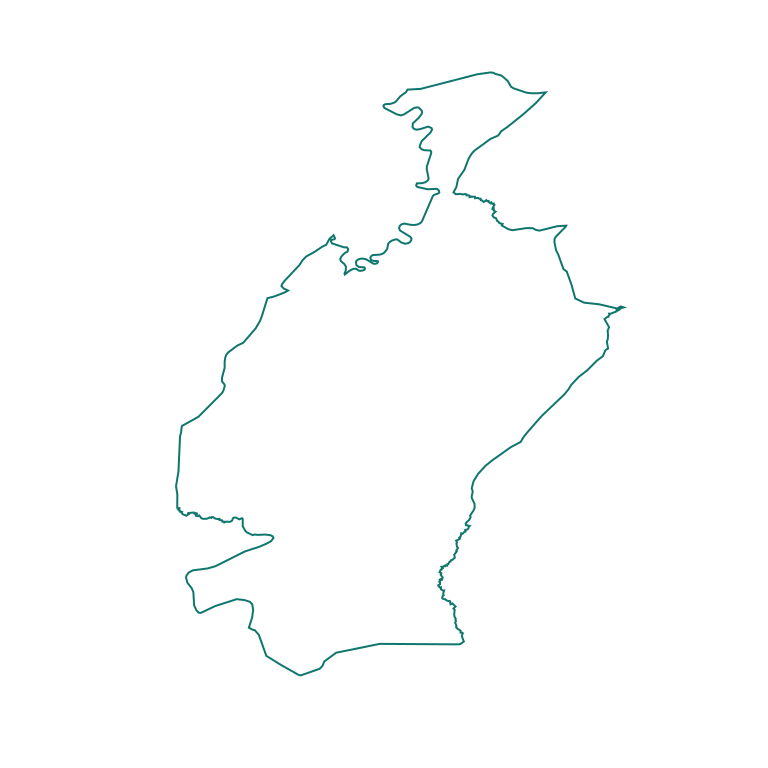 Rasi Salai, Si Sa Ket, Thailand (Equal Earth projection), rotated 71°
{"feature_id": "78962969B91531031914262", "entity_name": "Rasi Salai", "entity_type": "district", "adm_level": 2, "iso_a3": "THA", "parent_name": "Thailand", "parent_adm1": "Si Sa Ket", "projection": "equal_earth", "projection_center": [104.176, 15.349], "detail": "fine", "context": "isolated", "style": "outline", "palette": "teal", "viewbox_px": 768, "rotation_deg": 71, "n_neighbors": 0, "source": "geoboundaries", "source_scale": "gbopen_adm2", "svg_char_len": 6165}
<svg xmlns="http://www.w3.org/2000/svg" viewBox="0 0 768 768"><g transform="rotate(71 384 384)"><path d="M303.5,521.3L305.3,523.9L307.1,525.3L311.0,527.4L316.8,529.4L325.3,535.1L328.9,536.3L332.5,535.0L333.9,535.1L338.5,538.4L340.1,540.7L354.6,570.2L357.8,588.5L358.7,589.3L363.9,591.7L367.1,593.9L400.0,606.9L412.9,613.9L421.3,615.4L433.7,619.8L434.8,617.8L435.4,618.2L435.8,619.3L436.5,618.5L437.2,618.8L438.2,617.8L438.5,618.1L439.3,616.6L440.0,617.2L441.4,616.9L444.2,613.8L443.4,610.8L442.7,611.4L442.3,611.1L443.6,605.6L444.6,605.6L444.8,603.9L445.5,603.0L446.0,603.3L445.9,604.8L447.6,604.5L448.4,602.8L448.1,601.5L451.4,600.4L452.5,599.1L453.6,596.0L453.7,593.4L453.3,592.2L454.4,590.8L453.9,590.1L454.1,589.1L456.3,587.4L457.9,584.6L458.0,583.5L459.1,583.7L460.2,581.5L461.6,581.6L462.0,580.1L462.9,580.1L462.8,577.8L464.0,575.3L464.1,573.4L463.6,572.0L461.7,570.4L461.5,569.2L462.2,567.4L464.9,564.8L464.6,562.0L465.5,561.5L472.7,563.9L478.2,562.8L479.8,561.8L484.2,557.3L484.2,555.2L485.5,552.7L487.7,545.3L489.9,540.7L491.8,538.8L493.6,538.6L495.8,541.9L496.7,546.8L497.3,555.4L497.0,569.9L501.4,602.6L501.0,610.7L498.0,625.2L498.6,629.8L500.7,633.0L502.3,634.2L507.8,634.6L514.6,632.3L518.7,632.0L531.4,635.6L536.6,635.1L539.9,633.7L540.8,631.6L539.0,616.0L539.5,593.3L542.9,586.2L546.4,581.6L549.4,580.3L555.1,581.3L562.0,584.8L570.4,591.1L573.5,588.3L574.8,586.3L580.5,584.0L602.7,583.8L616.2,572.8L631.1,559.6L632.4,557.6L632.3,537.5L630.4,533.8L626.9,530.8L622.5,516.7L628.3,472.7L654.3,398.7L654.7,396.3L653.5,392.4L647.5,392.5L645.3,390.6L644.7,390.8L644.0,392.6L642.2,391.9L639.1,394.4L637.2,395.0L636.5,394.2L632.9,394.4L631.2,393.0L630.1,393.2L629.3,392.6L627.0,393.1L624.9,392.7L620.5,390.7L618.9,391.4L617.7,388.8L613.7,390.8L613.9,392.8L610.8,392.3L609.4,395.0L607.4,396.2L606.8,397.7L605.3,398.7L603.5,397.6L603.1,396.3L601.5,396.3L598.8,394.4L598.3,395.6L596.7,397.0L594.7,396.3L594.4,397.7L592.0,398.3L591.7,396.3L589.9,395.6L589.1,396.1L588.4,395.1L587.1,395.1L587.0,393.8L587.9,393.6L588.0,392.9L586.0,391.5L582.9,392.5L581.4,391.4L580.1,392.8L578.2,391.0L578.2,390.0L577.6,389.8L577.4,388.6L575.6,389.1L576.1,387.1L575.6,386.3L576.1,385.5L575.5,384.9L576.3,383.7L575.0,382.8L575.3,381.9L574.1,380.9L573.4,379.7L573.5,378.8L572.5,378.2L572.5,376.6L571.3,373.6L568.3,373.2L566.0,369.7L565.2,370.0L563.1,367.4L561.7,368.0L558.3,367.4L557.6,366.5L555.6,366.8L555.3,363.1L554.3,362.3L553.8,362.8L552.7,360.9L550.3,359.6L551.2,358.5L550.0,356.1L550.0,354.9L548.5,354.8L548.7,352.5L547.7,350.9L546.4,350.2L546.1,349.3L544.2,352.4L543.5,351.9L542.7,352.2L541.7,351.1L540.3,347.7L538.1,345.5L536.4,345.4L532.8,340.6L530.4,338.5L526.6,337.4L520.7,338.1L519.0,337.8L514.6,335.1L511.1,335.0L505.0,330.9L499.6,324.3L494.4,314.7L491.5,306.8L485.0,284.7L483.3,273.7L479.6,269.3L476.2,263.9L465.6,245.4L452.7,217.2L449.2,211.4L445.8,207.3L440.7,197.7L437.2,187.3L431.2,175.1L429.0,168.0L424.8,164.3L423.9,163.1L423.5,160.6L416.6,159.5L414.4,157.8L410.6,156.2L406.5,155.2L403.5,152.7L394.4,154.4L393.4,151.3L393.5,149.9L392.8,149.7L392.1,148.3L390.8,148.2L391.3,146.9L391.1,140.7L389.3,139.8L389.5,138.8L390.6,138.7L390.2,136.7L389.5,136.1L389.6,132.4L387.7,135.0L388.5,139.0L378.8,154.4L372.2,168.4L365.4,175.3L351.5,174.4L337.2,174.6L333.8,176.9L318.3,177.1L313.5,177.8L305.1,176.6L302.2,175.4L300.6,173.5L294.5,161.1L293.6,160.2L291.2,168.8L289.6,187.1L287.7,190.3L285.1,192.6L282.9,198.9L280.4,212.5L278.2,215.9L272.6,220.9L272.1,221.0L271.3,219.8L269.2,222.7L267.9,222.8L266.8,223.9L263.7,224.1L262.5,225.7L260.2,226.6L258.8,225.8L257.4,222.4L255.7,223.8L254.9,223.4L254.0,224.5L253.0,224.0L253.1,222.9L252.0,223.0L250.6,221.3L249.8,222.0L249.1,221.5L248.3,223.9L247.1,223.5L247.0,225.2L245.6,226.0L244.9,225.6L244.4,227.2L243.5,227.4L244.4,230.4L242.2,231.7L241.8,232.6L240.3,232.3L239.8,233.7L238.7,234.4L238.0,237.4L236.6,237.1L235.4,240.0L235.5,240.7L234.9,241.1L235.1,242.2L233.8,242.0L233.2,242.4L232.5,244.6L231.5,244.3L230.7,245.7L230.5,247.7L229.0,250.1L228.0,254.3L225.4,255.9L221.4,251.5L214.2,247.2L207.7,238.3L199.0,231.1L195.1,226.6L193.0,223.1L186.9,203.5L186.3,195.5L185.0,193.1L183.3,191.3L181.1,183.5L174.3,164.5L167.9,149.1L160.9,136.2L159.0,144.5L157.1,150.0L154.9,154.5L146.8,165.0L144.4,167.1L137.7,168.4L131.4,172.0L130.0,173.3L127.2,177.6L125.3,179.3L124.0,182.1L121.5,195.2L116.9,253.3L113.3,265.9L115.1,268.0L117.3,274.9L120.8,280.9L121.3,282.9L121.2,287.0L119.9,291.5L120.1,293.3L121.1,294.1L123.2,293.7L133.2,284.1L135.5,280.6L135.6,277.3L132.8,265.6L133.2,262.7L134.0,261.2L137.6,259.4L139.5,259.5L141.0,260.6L143.6,264.4L147.0,272.0L150.6,273.4L152.6,272.5L154.1,270.6L154.8,266.6L155.0,258.4L157.4,255.8L159.1,255.7L161.3,258.1L166.7,269.4L170.5,272.7L171.7,273.2L174.3,272.0L176.1,269.7L178.3,264.2L179.5,263.7L181.2,264.3L192.2,272.6L194.6,273.6L204.5,275.0L205.7,276.1L206.7,279.0L206.5,282.6L205.0,287.6L206.8,289.0L208.5,288.4L214.1,279.3L216.7,270.4L219.0,269.1L221.0,269.4L221.5,270.6L221.5,274.9L222.2,276.6L242.5,295.1L243.6,296.9L244.1,299.9L243.6,303.3L242.3,306.7L238.9,312.6L238.8,315.8L239.9,318.0L242.0,319.1L244.2,318.8L253.7,311.0L255.5,310.7L257.1,311.6L258.4,313.6L258.7,315.1L258.3,318.3L255.9,321.5L251.6,324.4L251.0,326.3L251.0,330.0L251.8,332.8L252.7,334.3L257.6,337.2L259.9,341.0L260.4,343.2L260.3,345.9L258.4,352.8L259.2,354.9L260.3,355.9L262.6,355.8L264.1,354.0L265.8,349.9L266.8,350.0L267.6,351.2L267.6,352.8L266.8,354.9L260.6,360.0L259.1,362.1L258.0,364.7L257.8,367.2L258.3,369.4L259.3,370.8L262.7,371.4L265.3,369.5L267.2,364.8L268.3,364.3L269.5,365.0L269.8,367.1L269.2,369.8L268.5,371.0L265.9,372.8L265.1,375.9L265.8,380.1L267.7,385.4L266.7,385.4L264.4,383.3L260.8,381.8L257.9,382.3L253.9,384.7L251.5,384.7L249.6,382.7L248.2,380.2L247.2,377.8L247.0,375.4L244.6,373.9L242.7,374.6L241.7,377.4L234.1,387.4L232.1,387.7L230.6,387.1L231.0,383.9L230.4,382.9L227.0,383.2L228.8,388.0L233.6,393.4L234.0,397.5L236.4,406.4L238.1,416.0L240.5,420.8L244.0,425.2L253.6,443.5L256.3,447.8L258.0,449.1L261.1,447.7L264.4,444.3L265.1,448.1L265.3,453.3L265.5,459.7L264.9,466.3L280.1,477.4L283.9,480.6L289.6,487.2L299.2,503.7L299.9,510.1L303.5,521.3Z" fill="none" stroke="#0f766e" stroke-width="2"/></g></svg>